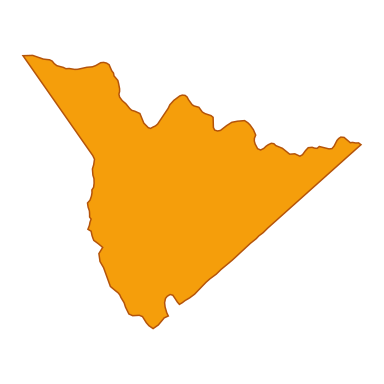 Abel Figueiredo, Pará, Brazil
{"feature_id": "56859067B3237118646317", "entity_name": "Abel Figueiredo", "entity_type": "district", "adm_level": 2, "iso_a3": "BRA", "parent_name": "Brazil", "parent_adm1": "Pará", "projection": "robinson", "projection_center": [-48.422, -4.963], "detail": "fine", "context": "isolated", "style": "filled", "palette": "amber", "viewbox_px": 384, "rotation_deg": 0, "n_neighbors": 0, "source": "geoboundaries", "source_scale": "gbopen_adm2", "svg_char_len": 2193}
<svg xmlns="http://www.w3.org/2000/svg" viewBox="0 0 384 384"><path d="M361.0,144.7L358.6,142.9L355.7,143.0L352.6,142.4L350.3,142.7L344.1,137.4L340.8,137.1L338.7,138.5L337.0,140.4L334.1,146.1L332.0,148.6L329.0,148.9L319.3,146.5L317.2,148.3L314.8,148.2L312.1,147.3L308.2,147.7L305.5,150.6L302.5,154.7L299.9,156.2L294.8,153.8L289.7,154.2L282.4,148.3L275.8,145.6L273.9,143.7L271.3,143.3L268.3,144.7L266.1,146.2L263.8,148.4L260.6,150.0L257.6,148.7L255.1,143.9L254.3,141.0L254.4,138.3L255.7,135.1L253.4,129.7L250.0,124.9L247.9,122.8L244.6,120.6L237.5,121.2L231.8,122.3L226.5,125.7L220.5,130.4L217.6,131.0L214.7,130.1L213.4,127.5L213.1,117.3L211.0,115.6L205.0,113.6L202.3,112.0L200.7,109.8L198.9,107.3L196.5,106.6L194.2,106.0L192.1,104.7L188.5,99.7L187.1,97.0L185.1,95.4L182.3,95.1L179.8,95.9L173.9,100.3L169.9,104.7L168.2,108.3L157.6,124.1L155.5,125.9L152.9,127.1L150.6,128.4L148.3,127.7L143.8,123.1L142.7,120.4L139.9,113.5L134.8,111.2L131.7,110.3L129.6,108.4L126.0,103.9L122.2,100.6L119.6,97.1L118.9,94.1L119.6,91.5L119.6,88.8L118.5,83.1L117.8,80.4L114.0,75.9L113.5,73.1L111.7,70.7L109.1,64.7L106.6,63.1L103.6,62.4L100.7,62.7L95.7,65.6L92.4,66.8L86.8,67.3L77.7,69.3L74.7,69.4L69.2,68.5L65.9,68.7L63.3,67.4L56.9,65.7L54.2,63.6L52.2,61.1L49.6,59.8L43.4,59.1L32.7,55.4L23.0,55.7L92.8,155.6L94.5,159.2L93.7,164.7L92.4,169.0L92.9,175.1L94.0,178.7L94.1,183.3L93.6,187.3L91.9,189.9L92.0,192.9L91.4,196.2L90.0,200.2L87.5,203.0L88.1,207.1L89.4,210.9L89.6,214.2L89.6,217.0L91.1,219.1L90.0,222.2L89.4,225.4L87.9,229.3L91.1,231.2L92.0,235.4L92.8,237.9L93.8,240.4L98.3,243.7L102.7,247.4L98.9,253.6L100.0,261.5L103.6,267.7L110.4,286.5L115.3,290.6L118.1,292.8L119.8,294.9L121.0,297.6L124.1,302.7L125.5,307.1L128.9,314.0L132.7,315.7L139.3,315.3L142.5,316.6L146.3,322.7L148.9,325.7L153.1,328.6L158.3,325.0L164.2,317.9L168.3,316.0L166.8,312.9L165.1,307.1L164.6,302.7L165.5,298.4L167.2,296.3L170.1,294.5L172.8,295.2L174.8,298.1L177.4,302.1L179.4,304.4L182.3,302.7L185.0,300.6L189.6,297.9L194.7,294.1L198.0,290.6L206.0,282.3L209.8,278.9L216.3,274.1L221.0,269.5L232.2,260.2L250.4,243.3L256.2,238.7L258.8,235.9L263.2,232.6L267.7,228.1L346.6,157.5L361.0,144.7Z" fill="#f59e0b" stroke="#b45309" stroke-width="1.5"/></svg>